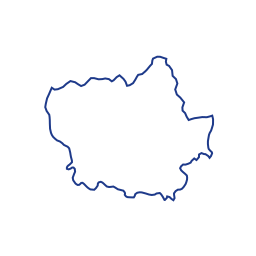 Dubrowna, Vitebsk, Belarus (Mercator projection), rotated 314°
{"feature_id": "67162791B1773631612848", "entity_name": "Dubrowna", "entity_type": "district", "adm_level": 2, "iso_a3": "BLR", "parent_name": "Belarus", "parent_adm1": "Vitebsk", "projection": "mercator", "projection_center": [30.836, 54.609], "detail": "fine", "context": "isolated", "style": "outline", "palette": "blue", "viewbox_px": 256, "rotation_deg": 314, "n_neighbors": 0, "source": "geoboundaries", "source_scale": "gbopen_adm2", "svg_char_len": 2603}
<svg xmlns="http://www.w3.org/2000/svg" viewBox="0 0 256 256"><g transform="rotate(314 128 128)"><path d="M195.4,180.0L193.3,178.9L190.5,177.2L187.4,173.8L184.0,171.2L181.2,169.0L178.6,167.5L175.9,166.1L176.9,162.3L178.4,158.7L178.4,155.2L180.6,152.8L185.4,150.6L186.2,144.5L186.0,139.9L188.5,135.2L194.3,132.6L196.5,128.5L196.5,123.9L200.2,119.5L201.2,114.4L200.4,111.8L202.0,109.2L204.4,107.5L203.0,104.7L201.6,101.7L199.6,99.5L195.3,97.8L193.5,98.6L190.7,100.7L188.3,100.7L183.0,101.1L181.4,101.1L176.7,100.7L174.9,99.5L173.3,98.4L171.1,98.8L167.8,99.7L163.8,100.5L160.0,99.5L157.7,98.0L159.6,94.0L160.2,90.6L160.0,85.3L156.7,84.5L152.3,84.5L150.3,83.9L149.9,80.3L147.8,77.2L145.4,75.6L142.6,73.0L140.4,69.1L138.1,66.7L132.7,66.7L129.0,66.7L125.6,65.1L124.8,61.7L124.2,58.2L121.8,54.0L116.9,53.0L112.5,52.8L107.2,50.6L104.6,48.5L104.0,45.2L97.4,47.7L93.1,49.2L88.4,52.0L85.5,54.0L83.7,57.7L83.2,60.3L82.8,62.2L81.4,64.0L79.4,66.2L76.8,68.8L73.3,72.5L71.0,76.0L70.1,78.1L69.6,80.3L69.6,83.0L69.8,85.6L71.0,88.4L71.4,91.3L71.3,93.6L71.9,95.5L72.6,97.6L72.5,99.8L71.7,101.1L70.1,103.6L68.9,105.2L67.6,107.0L65.6,110.3L64.4,111.5L61.1,111.4L59.7,111.1L58.2,111.1L57.1,111.5L56.2,112.4L57.0,114.0L58.8,114.9L60.8,115.3L61.7,116.3L61.6,118.1L59.8,120.3L57.4,121.2L53.8,122.8L52.3,125.0L52.0,126.7L51.6,128.7L51.7,130.0L52.1,131.4L53.3,132.4L54.8,132.5L56.0,132.5L57.0,133.4L57.2,135.2L57.1,138.4L57.1,140.1L57.3,141.8L57.7,143.6L60.1,146.6L62.5,146.7L65.5,146.2L67.2,144.9L68.5,144.7L70.4,145.8L71.0,147.5L71.1,149.4L71.1,150.8L71.2,153.4L72.4,155.4L73.9,156.7L75.7,158.1L76.2,159.9L76.9,163.3L78.0,165.2L79.7,168.2L79.4,170.4L78.9,171.3L77.7,172.1L77.4,173.9L77.8,175.5L78.7,176.6L80.7,178.9L82.1,180.4L83.9,180.0L85.4,179.2L87.8,179.6L89.8,181.0L91.2,182.6L93.2,186.2L94.8,189.4L96.3,191.6L98.7,193.5L100.7,194.0L103.3,196.0L103.3,198.0L102.6,201.1L101.6,204.2L101.8,204.5L104.6,204.5L106.0,203.7L107.2,205.9L107.2,208.6L107.6,210.8L109.9,210.2L111.9,207.6L112.9,206.5L115.7,206.1L118.3,206.7L119.8,208.2L121.6,209.0L124.2,209.0L127.6,208.4L129.5,207.6L131.9,206.3L133.5,204.9L134.7,203.3L134.7,200.9L134.5,197.9L134.5,195.6L135.3,193.4L137.3,192.8L140.0,193.0L141.6,194.8L144.2,196.2L146.6,197.1L148.6,196.6L152.1,196.8L152.5,199.5L153.1,199.5L156.3,199.3L158.3,197.5L161.0,198.3L162.0,200.7L163.0,201.9L163.6,205.3L163.2,207.4L165.4,207.2L168.2,206.1L168.8,205.2L168.8,202.9L169.0,200.6L169.7,199.4L172.0,196.6L174.1,194.6L177.3,192.4L179.4,191.0L181.3,190.2L183.8,189.6L186.1,188.5L189.4,186.8L191.2,185.2L193.4,183.1L194.9,180.8L195.4,180.0Z" fill="none" stroke="#1e3a8a" stroke-width="2"/></g></svg>